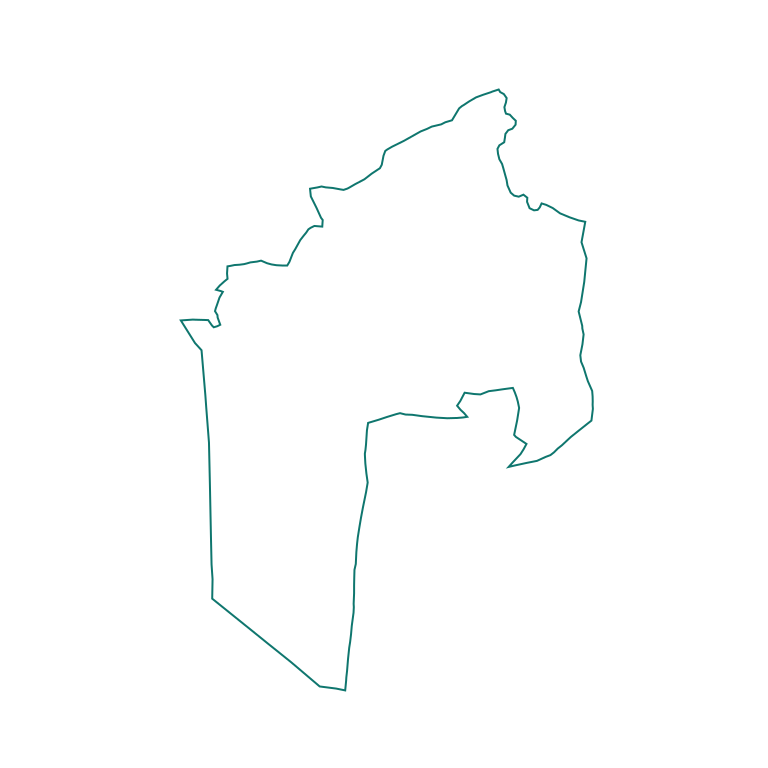 outline of Sinjar, Ninawa, Iraq, rotated 279°
{"feature_id": "34846034B46284853096134", "entity_name": "Sinjar", "entity_type": "district", "adm_level": 2, "iso_a3": "IRQ", "parent_name": "Iraq", "parent_adm1": "Ninawa", "projection": "albers", "projection_center": [41.933, 36.336], "detail": "fine", "context": "isolated", "style": "outline", "palette": "teal", "viewbox_px": 768, "rotation_deg": 279, "n_neighbors": 0, "source": "geoboundaries", "source_scale": "gbopen_adm2", "svg_char_len": 3159}
<svg xmlns="http://www.w3.org/2000/svg" viewBox="0 0 768 768"><g transform="rotate(279 384 384)"><path d="M575.7,557.4L576.0,550.6L577.7,541.1L580.1,531.2L584.2,523.1L586.3,516.2L587.0,511.4L582.8,510.2L580.0,508.5L579.0,505.0L580.4,500.3L586.3,496.8L590.4,496.4L592.8,492.1L590.1,487.8L590.4,483.1L592.8,479.2L599.4,474.9L604.6,473.2L609.4,471.0L616.0,468.0L619.8,466.2L624.0,462.8L629.2,460.6L634.0,459.3L637.8,460.6L641.6,464.9L646.2,464.9L650.0,464.8L654.1,467.0L656.2,470.8L660.7,473.4L664.6,473.0L667.0,469.5L669.7,466.1L670.1,462.2L672.5,460.9L676.3,459.6L681.1,460.4L685.6,460.4L689.1,457.0L690.5,453.1L692.8,451.2L689.8,445.3L688.8,443.7L685.2,436.7L681.5,430.1L676.6,424.1L674.5,421.8L672.0,419.1L670.7,417.5L668.0,415.1L655.1,409.9L652.1,403.6L649.4,399.9L645.7,390.9L642.7,386.6L639.2,380.7L637.3,378.3L627.1,365.4L619.6,354.8L616.1,350.5L614.4,348.8L609.4,347.8L600.2,347.5L596.5,346.2L589.8,338.9L583.1,332.6L576.9,324.3L572.5,318.9L572.2,318.5L571.3,317.3L569.4,313.7L569.4,310.7L569.6,302.7L569.1,295.7L569.3,291.4L567.7,287.4L565.3,280.4L562.6,281.1L557.8,282.4L547.4,289.8L538.3,295.8L536.4,297.8L529.8,298.4L529.2,290.5L526.8,287.1L524.9,285.1L521.4,283.5L518.0,281.5L513.1,278.8L503.2,275.2L499.2,273.5L489.9,271.5L485.9,269.9L485.1,264.9L484.5,259.2L484.5,254.2L485.0,249.6L486.6,243.3L485.0,239.3L483.2,233.0L481.6,229.6L480.5,227.0L479.2,222.6L478.1,217.7L476.7,214.0L475.7,211.0L468.5,211.7L463.4,213.0L460.4,210.3L455.6,206.4L450.8,203.4L450.3,208.0L449.8,210.4L443.6,208.0L436.1,206.7L432.4,206.0L429.5,205.7L426.0,208.7L423.6,209.3L416.9,213.0L415.0,210.3L413.4,207.0L414.8,205.0L418.2,201.7L419.6,200.4L419.3,197.7L418.0,187.7L417.7,185.1L415.0,173.4L394.9,190.9L388.8,198.5L344.6,209.4L333.0,212.1L298.7,220.3L257.9,227.7L208.7,236.5L178.8,241.9L164.4,245.2L145.1,247.9L117.2,296.5L109.3,310.2L94.8,335.6L75.2,367.8L75.7,384.3L75.3,393.6L85.2,393.0L88.2,392.7L94.9,392.4L106.7,391.5L118.2,390.9L123.8,390.9L131.6,390.6L140.2,390.0L153.3,389.7L158.9,389.1L162.2,388.4L172.6,387.2L180.9,385.9L188.2,384.9L195.9,383.9L201.8,384.3L213.6,383.0L221.9,382.4L228.6,382.1L238.8,382.1L248.2,382.2L258.6,382.5L274.4,383.2L284.1,383.3L292.9,380.6L302.6,378.0L310.1,376.4L312.2,376.0L316.0,376.0L321.4,375.7L335.6,374.4L343.1,374.4L347.9,384.4L351.9,392.1L356.1,400.7L357.7,404.4L357.2,410.0L358.0,416.7L358.2,426.7L359.0,441.0L360.1,452.0L361.4,458.9L361.9,461.6L363.3,467.3L364.6,471.3L367.8,467.6L370.5,463.6L374.0,459.6L377.0,461.0L379.1,462.0L388.0,465.0L388.2,474.6L388.8,480.9L393.3,488.6L395.2,495.2L397.3,501.9L400.3,511.9L396.2,514.5L391.9,516.9L387.6,518.9L381.5,521.2L368.8,521.2L354.1,520.5L352.4,522.5L347.1,534.1L341.4,532.1L336.1,529.8L326.7,523.4L321.6,520.1L324.1,526.2L328.4,537.3L332.0,547.1L337.3,555.1L339.8,559.5L343.1,562.6L347.4,565.7L351.3,569.3L358.1,574.6L361.0,576.9L368.8,584.0L376.0,590.6L380.3,594.6L392.1,594.2L396.1,593.3L399.3,592.9L404.3,592.0L409.7,590.7L418.7,584.9L423.0,582.7L431.2,578.7L437.0,575.1L443.1,573.4L454.2,573.8L464.2,573.4L469.9,571.2L472.4,570.7L486.1,564.9L495.7,565.8L516.2,565.8L539.8,564.4L554.9,556.9L571.0,557.3L575.7,557.4Z" fill="none" stroke="#0f766e" stroke-width="2"/></g></svg>